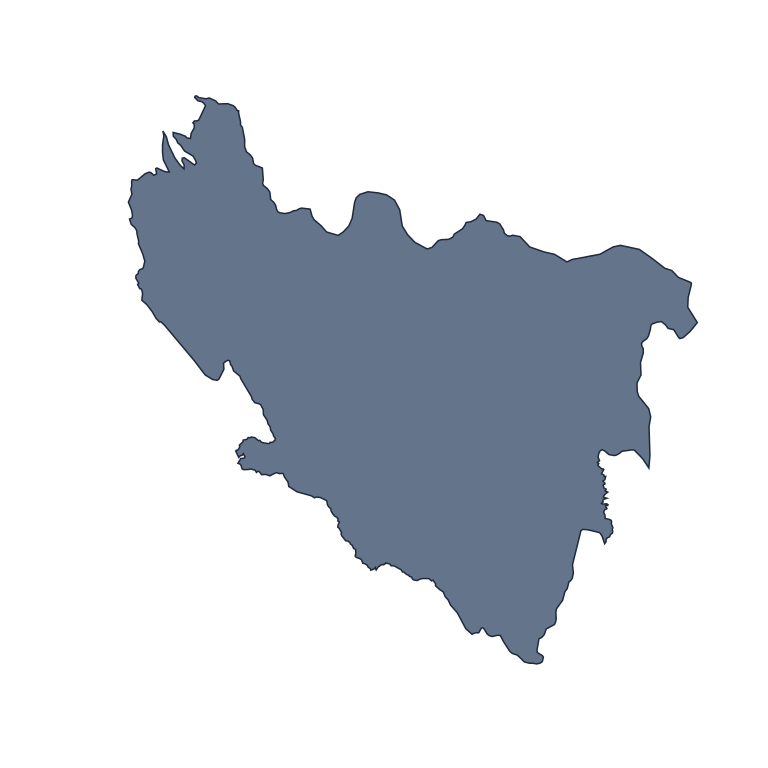 Mitwaba, Katanga, Democratic Republic of the Congo, rotated 283°
{"feature_id": "63176286B64695958976401", "entity_name": "Mitwaba", "entity_type": "district", "adm_level": 2, "iso_a3": "COD", "parent_name": "Democratic Republic of the Congo", "parent_adm1": "Katanga", "projection": "mercator", "projection_center": [27.057, -9.113], "detail": "fine", "context": "isolated", "style": "filled", "palette": "slate", "viewbox_px": 768, "rotation_deg": 283, "n_neighbors": 0, "source": "geoboundaries", "source_scale": "gbopen_adm2", "svg_char_len": 6162}
<svg xmlns="http://www.w3.org/2000/svg" viewBox="0 0 768 768"><g transform="rotate(283 384 384)"><path d="M163.0,532.3L168.0,533.8L168.6,535.0L168.4,536.0L163.6,540.8L162.5,543.0L162.3,546.3L164.8,551.4L165.1,553.9L159.8,558.5L151.7,566.8L150.3,569.8L149.8,575.0L144.8,583.2L144.6,588.8L145.3,591.0L145.6,595.8L147.1,598.9L149.1,600.7L153.6,600.8L154.9,599.6L156.8,594.0L158.6,593.0L170.6,592.3L172.4,594.6L175.8,596.5L181.8,597.2L188.0,604.2L190.0,604.7L193.7,604.7L200.3,602.8L203.7,602.6L213.4,606.7L222.3,607.0L225.8,608.6L232.7,608.7L234.2,610.0L237.0,611.2L242.5,611.0L250.3,608.3L285.4,608.9L287.1,610.5L287.8,615.4L287.7,627.5L285.1,630.5L278.0,634.9L280.4,635.9L282.6,635.2L284.7,636.6L285.8,638.2L288.3,638.5L290.0,640.1L291.6,640.1L293.4,639.2L295.6,639.3L298.8,637.0L301.4,636.6L302.3,635.9L302.7,634.4L302.8,629.7L306.2,628.7L308.1,627.1L309.5,626.9L311.6,627.7L312.3,629.1L313.0,629.2L314.6,627.4L315.5,627.3L316.0,629.3L316.7,629.5L317.4,628.0L316.1,623.9L316.6,622.7L318.4,624.1L319.2,623.5L320.7,623.5L322.8,626.9L323.0,623.3L324.3,623.3L326.8,624.5L329.0,626.4L329.7,623.5L331.5,624.1L332.0,622.0L334.2,620.4L335.2,620.4L336.1,621.7L337.0,621.6L338.7,619.1L340.4,620.7L343.9,620.8L343.4,619.5L344.7,618.8L345.5,616.1L350.0,617.4L350.6,616.6L350.3,615.1L352.8,610.6L354.8,611.2L355.6,609.5L357.7,611.3L360.9,609.0L364.7,608.9L367.6,609.7L369.1,611.3L368.6,613.7L365.8,619.2L366.1,624.6L367.0,626.4L369.4,629.1L371.9,630.9L375.6,640.4L375.9,642.8L369.5,652.7L361.7,661.0L374.2,659.2L402.2,651.8L411.8,651.3L419.5,647.5L429.5,634.8L433.7,632.4L442.0,630.3L450.6,632.4L462.6,629.1L472.7,629.7L477.1,628.5L478.5,626.9L481.3,625.8L483.8,626.8L487.2,629.8L490.3,630.9L497.2,631.3L500.5,630.9L502.7,631.5L505.7,636.2L507.2,640.3L504.9,645.1L502.1,648.3L502.1,654.1L495.7,660.5L494.8,662.1L496.5,665.1L504.2,670.5L514.3,675.5L527.1,662.7L536.9,660.9L547.9,661.1L550.8,661.0L551.9,660.3L554.1,646.8L559.3,638.9L559.9,631.6L566.5,617.4L572.6,602.5L572.3,583.3L569.1,576.4L559.0,565.2L547.6,539.2L544.1,534.8L548.7,521.1L548.7,510.1L550.3,495.3L558.2,483.4L557.9,475.9L556.5,473.8L556.2,470.8L558.0,467.4L561.1,465.7L566.1,460.7L567.0,457.7L566.2,446.7L570.6,443.1L571.0,439.3L565.4,436.6L561.7,432.2L559.9,427.7L556.8,427.1L552.9,425.6L545.9,418.8L542.6,418.0L539.5,414.4L537.5,407.4L535.9,404.6L527.8,400.0L525.3,395.6L529.0,382.2L534.7,373.5L542.1,366.2L557.3,360.1L565.6,352.8L568.9,343.7L568.9,335.3L567.7,325.1L563.3,317.7L559.1,315.0L554.2,314.5L538.3,315.7L530.1,314.2L523.2,310.2L518.5,305.9L519.2,293.9L524.0,287.2L528.5,278.7L531.6,276.0L537.8,272.7L536.9,264.3L535.9,262.2L533.5,259.8L532.4,256.8L530.0,254.0L527.8,249.1L527.4,244.0L527.9,241.9L529.9,240.1L533.8,238.2L536.3,235.6L538.3,232.1L545.3,229.6L548.2,226.3L550.4,221.8L552.4,220.5L555.6,220.5L567.1,216.9L568.3,209.0L569.6,207.3L574.7,205.1L577.2,202.1L579.2,197.9L583.7,194.9L591.4,193.1L602.3,188.2L604.0,186.0L607.3,185.2L615.3,181.4L617.5,180.9L617.3,180.2L617.8,179.1L620.1,176.8L621.3,174.6L622.0,168.6L619.6,159.8L622.0,156.3L623.4,149.3L621.9,146.5L621.4,139.3L622.6,136.7L622.0,135.2L620.7,135.0L618.1,138.9L618.1,143.0L617.1,145.2L614.9,147.5L599.5,144.1L598.3,142.4L597.6,140.0L595.5,139.0L595.1,140.3L591.1,141.5L584.7,139.7L579.8,140.2L579.4,136.6L580.7,134.9L581.6,129.0L581.7,121.9L578.0,123.0L575.6,126.5L572.4,128.9L571.0,132.0L566.1,137.3L563.1,146.7L560.3,149.4L557.0,151.6L554.8,150.1L559.5,138.7L558.7,136.6L555.9,137.0L552.5,140.0L548.6,140.7L551.2,136.3L557.1,129.5L568.5,120.3L575.8,116.4L580.8,111.6L576.6,113.6L567.4,114.4L560.2,116.0L552.7,118.6L542.3,127.1L541.7,124.5L541.8,121.5L543.4,114.1L542.4,113.1L537.6,115.2L535.6,112.7L537.5,109.5L537.6,107.6L535.2,104.0L527.2,97.9L526.4,92.6L524.6,92.5L520.0,93.7L516.9,93.6L512.4,95.7L503.7,94.0L496.4,99.1L491.0,101.2L488.8,100.9L487.5,98.9L482.7,101.8L480.2,106.3L477.6,108.7L474.8,109.5L468.2,112.8L465.5,113.1L456.4,119.7L449.9,123.3L443.1,123.3L442.0,122.6L440.5,120.3L438.6,119.4L436.4,119.7L434.5,118.2L433.4,117.9L431.1,118.5L427.4,122.1L426.7,122.3L425.6,121.5L421.9,124.6L422.1,125.8L421.6,126.5L418.0,128.4L411.1,129.2L408.0,135.0L402.4,141.8L396.6,147.2L393.9,151.2L394.4,152.7L391.7,157.2L363.9,194.1L352.6,207.7L349.8,216.0L350.1,220.6L351.6,222.0L362.2,224.7L368.2,223.0L371.0,225.1L372.0,226.8L371.9,228.4L368.2,230.3L367.2,231.8L362.9,234.5L359.1,242.0L357.2,243.0L341.7,257.8L339.3,259.1L336.7,262.4L336.6,266.7L336.1,268.4L332.2,271.9L326.9,273.5L322.3,278.3L319.0,280.0L316.7,282.7L313.6,283.9L310.3,287.2L308.3,288.2L306.6,290.4L304.6,290.3L302.2,288.6L301.5,286.1L300.4,285.9L300.0,285.1L299.5,279.2L300.1,277.0L301.2,275.7L300.6,274.3L302.7,270.2L302.5,266.6L301.3,265.1L301.3,263.7L299.1,262.7L297.7,259.4L295.8,259.5L291.9,256.8L290.6,257.6L288.9,257.2L286.6,256.3L286.2,255.0L285.3,254.6L279.7,259.0L281.8,260.2L282.9,262.1L284.5,262.6L281.7,265.0L280.3,264.4L279.2,261.2L273.9,259.5L273.5,261.9L272.6,263.0L269.4,264.8L268.9,266.2L270.2,271.2L271.2,273.2L271.0,277.8L269.1,279.6L270.5,280.6L270.5,282.3L268.1,285.1L269.3,289.1L268.8,293.3L273.0,298.4L273.5,299.8L273.1,302.2L274.0,304.9L273.8,306.1L270.8,308.1L266.9,312.5L262.7,314.3L259.4,323.5L258.7,338.3L257.5,341.9L258.7,343.8L259.1,347.4L257.6,353.8L256.9,354.8L253.9,355.9L252.1,357.5L250.2,360.4L248.7,360.8L246.3,362.9L244.1,365.7L243.5,368.1L241.7,369.9L240.1,369.8L239.4,371.6L236.5,370.9L234.1,371.1L233.2,372.9L229.7,376.0L228.2,375.9L226.7,376.9L222.6,381.9L222.8,383.8L221.8,386.5L220.6,387.2L219.5,389.5L216.9,391.3L216.5,393.5L213.0,394.6L209.8,394.6L208.9,395.8L208.2,400.8L207.5,401.7L204.6,403.6L204.5,406.2L203.5,408.6L202.1,409.6L200.9,412.4L199.6,413.0L201.3,415.8L203.3,416.7L201.0,418.2L204.6,419.5L205.3,420.6L206.2,420.8L207.6,422.8L207.8,424.5L208.9,424.9L209.3,426.0L210.1,426.1L209.8,430.3L208.4,431.9L209.1,434.8L206.8,442.5L205.0,444.3L205.3,445.5L203.4,449.1L203.2,451.4L202.3,452.0L202.0,454.4L200.6,455.3L199.8,456.8L199.9,460.4L202.0,463.0L203.2,465.6L204.5,471.7L202.8,474.5L203.9,475.8L201.0,479.2L199.0,479.5L196.1,484.7L194.8,488.5L190.5,491.5L188.1,495.0L183.4,498.7L177.6,506.9L164.0,518.7L159.9,526.1L161.8,528.2L163.0,532.3Z" fill="#64748b" stroke="#1e293b" stroke-width="1.5"/></g></svg>